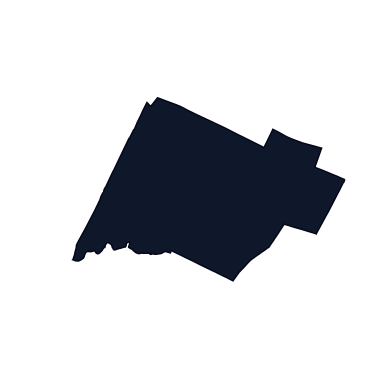 the district of Boldesti-Gradistea, Prahova, Romania, rotated 329°
{"feature_id": "2599482B94191000455949", "entity_name": "Boldesti-Gradistea", "entity_type": "district", "adm_level": 2, "iso_a3": "ROU", "parent_name": "Romania", "parent_adm1": "Prahova", "projection": "mercator", "projection_center": [26.525, 44.882], "detail": "fine", "context": "isolated", "style": "filled", "palette": "ink", "viewbox_px": 384, "rotation_deg": 329, "n_neighbors": 0, "source": "geoboundaries", "source_scale": "gbopen_adm2", "svg_char_len": 5577}
<svg xmlns="http://www.w3.org/2000/svg" viewBox="0 0 384 384"><g transform="rotate(329 192 192)"><path d="M319.8,266.1L320.0,266.0L322.3,264.5L325.6,262.4L326.5,261.9L326.8,261.9L327.1,261.8L327.2,261.7L328.0,261.2L328.3,260.9L328.9,260.4L329.0,260.3L329.1,260.1L329.1,259.9L324.9,253.9L324.3,253.0L322.5,250.7L318.9,245.8L314.9,240.4L311.1,235.5L310.0,234.1L323.9,222.6L325.0,221.7L325.7,221.2L311.8,206.7L305.7,199.0L303.9,196.6L303.0,195.3L301.7,193.5L301.2,192.6L300.8,192.1L300.7,191.8L300.6,191.6L296.6,184.7L293.6,179.9L291.9,181.1L281.1,188.1L276.6,191.0L264.9,172.6L263.4,170.2L261.7,167.7L257.9,161.6L253.5,154.5L234.6,126.3L229.8,118.8L227.5,114.9L227.0,114.2L225.7,112.1L224.8,111.0L223.1,108.7L217.7,102.0L211.0,93.5L208.6,94.4L207.7,94.8L206.4,95.2L204.5,96.0L203.0,96.5L202.4,96.7L201.8,96.9L201.3,97.0L200.9,97.1L200.5,96.8L200.2,95.4L199.5,92.1L198.2,92.9L192.3,96.6L187.1,100.2L181.0,104.1L174.5,108.9L174.3,108.7L174.1,108.6L165.6,114.0L165.4,113.7L136.3,132.9L134.4,134.0L130.8,136.4L125.3,140.1L121.8,142.5L120.5,143.3L119.5,143.7L118.1,144.5L117.0,145.6L117.0,146.0L114.0,147.5L111.2,149.3L109.2,151.2L99.4,157.6L82.5,168.0L67.4,176.8L66.6,177.4L65.5,178.2L64.3,179.8L63.9,180.3L63.5,180.8L63.4,180.9L62.9,181.3L62.2,181.9L61.9,182.2L61.6,182.6L60.2,183.9L60.0,184.3L59.6,184.7L58.7,185.6L58.0,186.2L57.2,186.8L56.7,187.3L56.1,187.8L55.7,188.1L55.2,188.6L54.9,188.7L55.0,188.8L55.4,189.2L55.6,189.5L56.0,190.0L56.5,190.8L56.9,191.2L57.3,191.4L58.0,191.9L58.7,192.4L59.1,192.6L59.6,192.8L60.1,192.8L61.6,192.9L61.9,192.9L62.2,193.0L62.5,192.9L63.7,192.9L64.8,192.7L65.3,192.6L65.6,192.4L65.8,192.2L66.0,192.0L66.2,191.8L66.5,191.6L67.3,190.8L67.7,190.6L68.0,190.3L68.3,190.1L68.6,189.9L69.0,189.6L69.4,189.4L69.9,189.3L70.3,189.1L70.8,188.8L71.0,188.9L71.2,189.0L71.4,189.0L71.9,189.3L72.1,189.3L72.4,189.4L72.4,189.5L72.6,189.7L73.0,189.9L73.2,190.1L73.4,190.2L73.5,190.4L73.7,190.5L74.0,190.7L74.2,190.9L74.4,191.0L74.6,191.1L75.7,191.4L76.8,191.7L77.5,191.9L77.8,192.0L78.0,192.1L78.2,192.4L78.3,192.7L78.4,194.8L78.5,195.1L78.6,195.3L78.9,195.8L79.1,196.2L79.2,196.3L79.3,196.4L79.5,196.5L79.8,196.6L80.1,196.6L80.4,196.7L80.7,196.7L81.7,196.5L82.1,196.5L82.4,196.4L82.8,196.3L83.8,196.1L84.2,196.0L84.8,195.8L85.3,195.6L85.6,195.4L86.0,195.1L87.5,194.5L87.7,194.4L88.0,194.2L88.2,194.4L88.3,194.5L88.6,194.6L88.9,194.5L89.3,194.1L89.7,193.6L90.2,193.1L91.0,192.5L91.3,192.3L91.5,192.3L91.9,192.2L92.2,192.1L92.5,192.0L92.8,191.8L93.0,191.7L93.3,191.7L93.6,191.8L93.9,192.0L94.5,192.9L94.7,193.3L94.8,193.4L94.9,193.8L95.1,194.1L95.3,194.4L95.6,194.9L95.8,195.4L95.8,195.6L95.9,195.8L95.9,196.0L95.7,196.5L95.4,197.6L95.3,198.0L95.2,198.3L95.2,199.0L95.2,199.4L95.2,200.2L95.2,200.5L95.2,201.0L95.3,201.3L95.5,201.6L95.8,201.7L96.1,201.8L96.4,201.9L96.6,202.0L97.0,202.1L97.3,202.2L97.7,202.3L98.3,202.3L98.7,202.5L99.0,202.6L99.3,202.6L99.6,202.7L100.0,202.7L100.3,202.8L101.2,203.2L101.9,203.4L102.2,203.5L102.8,203.6L103.0,203.6L103.5,203.8L103.8,203.9L104.4,204.0L104.8,204.1L105.0,204.1L105.3,204.2L106.1,204.6L106.3,204.7L106.5,204.8L107.1,204.6L107.5,204.3L107.7,204.2L108.0,203.9L108.5,203.2L109.3,202.5L109.6,202.1L109.8,202.0L110.2,202.1L110.6,202.1L110.9,202.2L111.2,202.2L111.7,202.2L111.9,202.2L112.2,202.2L112.4,202.4L112.5,202.5L112.7,203.0L112.1,203.8L111.8,204.3L111.6,204.5L111.0,205.0L109.9,206.0L109.6,206.3L109.2,206.8L109.5,207.4L109.8,208.0L110.0,208.6L110.1,208.8L110.6,209.3L111.1,210.0L111.4,211.1L111.6,212.2L111.8,212.7L112.0,213.2L112.1,213.3L112.1,213.5L112.3,214.0L112.4,214.3L112.5,214.6L112.6,214.9L112.8,215.3L113.0,215.6L113.2,215.8L113.4,216.0L114.2,216.8L114.3,217.0L114.5,217.2L114.6,217.4L114.7,217.5L114.8,217.6L115.0,217.7L115.4,217.8L115.8,217.9L116.2,218.0L116.7,218.1L117.8,218.7L118.5,219.3L118.7,219.5L118.9,219.6L119.3,219.8L120.6,220.6L121.0,220.8L121.6,221.0L121.8,221.1L122.5,221.6L122.9,221.9L123.2,222.1L123.6,222.5L124.2,222.8L124.3,222.9L124.5,223.0L124.4,223.2L124.4,223.3L124.1,223.5L124.1,223.8L124.3,224.1L124.8,224.3L125.3,224.5L125.6,224.5L126.4,224.8L126.7,225.0L127.3,225.4L127.5,225.6L127.7,225.9L127.9,226.0L128.0,226.2L128.2,226.3L128.7,226.6L129.4,227.0L129.8,227.1L130.5,227.4L131.2,227.7L131.8,228.0L132.3,228.2L133.1,228.5L133.9,228.8L134.6,228.9L134.8,229.0L135.0,229.0L135.4,228.9L136.1,228.9L136.9,228.8L137.2,228.8L137.8,229.1L139.1,229.8L139.3,230.0L142.1,233.1L144.2,231.5L145.4,233.6L148.1,237.7L149.9,240.4L152.8,245.0L153.0,245.3L154.8,248.0L157.5,252.1L161.2,258.0L168.5,269.2L170.1,271.6L170.6,272.3L170.7,272.5L170.9,272.6L171.8,274.3L173.1,276.2L174.8,278.9L177.2,282.5L181.3,289.1L181.5,289.3L182.6,288.7L189.3,285.8L190.0,285.5L190.9,285.1L193.9,284.3L195.6,283.8L196.1,283.7L197.0,283.5L198.0,283.2L199.0,282.9L203.9,281.4L204.5,281.3L205.4,281.0L206.3,280.8L208.7,280.4L209.0,280.3L209.3,280.3L209.7,280.3L210.4,280.3L210.9,280.3L211.5,280.2L212.2,280.1L213.1,280.0L214.1,279.9L215.1,279.9L215.6,279.8L216.2,279.8L216.9,279.8L218.4,279.7L219.5,279.5L220.0,279.5L221.3,279.4L222.1,279.4L222.8,279.4L223.2,279.3L224.2,279.3L225.3,279.2L226.7,279.0L227.3,278.9L227.6,278.9L228.0,278.9L229.1,278.9L229.3,278.9L229.8,278.8L230.2,278.6L230.8,278.3L231.6,277.8L232.0,277.7L232.5,277.5L233.4,277.0L237.4,275.3L238.3,274.7L241.7,273.2L243.2,272.5L245.1,271.6L254.4,267.0L255.9,268.7L256.9,269.7L258.2,271.1L258.3,271.3L258.5,271.5L259.0,272.1L262.7,276.2L264.7,278.3L267.3,281.1L269.9,284.0L272.4,286.8L276.1,290.8L276.8,291.5L276.8,291.9L286.0,286.5L292.4,282.7L294.1,281.7L298.9,279.0L312.3,270.7L319.8,266.1Z" fill="#0f172a" stroke="#020617" stroke-width="1.5"/></g></svg>